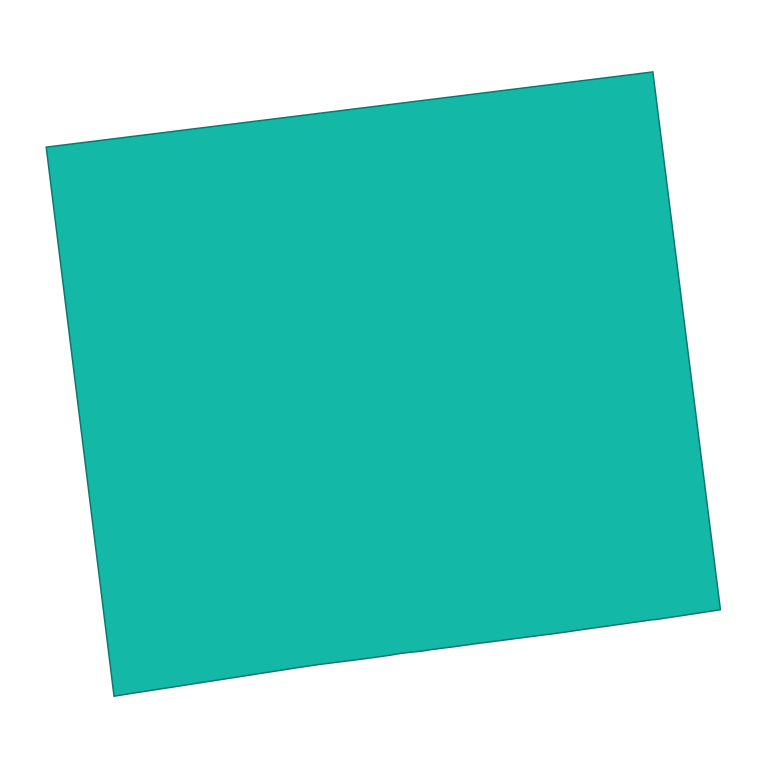 the district of Appanoose, Iowa, United States of America, rotated 353°
{"feature_id": "52423323B22987820366787", "entity_name": "Appanoose", "entity_type": "district", "adm_level": 2, "iso_a3": "USA", "parent_name": "United States of America", "parent_adm1": "Iowa", "projection": "mercator", "projection_center": [-92.849, 40.741], "detail": "fine", "context": "isolated", "style": "filled", "palette": "teal", "viewbox_px": 768, "rotation_deg": 353, "n_neighbors": 0, "source": "geoboundaries", "source_scale": "gbopen_adm2", "svg_char_len": 431}
<svg xmlns="http://www.w3.org/2000/svg" viewBox="0 0 768 768"><g transform="rotate(353 384 384)"><path d="M77.6,107.7L78.0,661.0L93.7,660.4L264.0,655.0L285.5,654.5L336.3,654.3L354.6,654.0L368.8,653.4L390.3,653.7L397.8,653.4L427.6,653.2L437.0,653.1L436.9,653.0L531.1,652.4L551.3,651.9L588.2,651.3L621.2,650.7L625.4,650.9L688.7,649.1L690.4,649.0L688.9,107.0L77.6,107.7Z" fill="#14b8a6" stroke="#0f766e" stroke-width="1.5"/></g></svg>